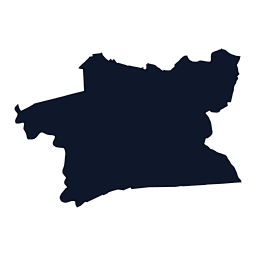 Tudora, Botosani, Romania
{"feature_id": "2599482B63139425196950", "entity_name": "Tudora", "entity_type": "district", "adm_level": 2, "iso_a3": "ROU", "parent_name": "Romania", "parent_adm1": "Botosani", "projection": "orthographic", "projection_center": [26.654, 47.501], "detail": "fine", "context": "isolated", "style": "filled", "palette": "ink", "viewbox_px": 256, "rotation_deg": 0, "n_neighbors": 0, "source": "geoboundaries", "source_scale": "gbopen_adm2", "svg_char_len": 5618}
<svg xmlns="http://www.w3.org/2000/svg" viewBox="0 0 256 256"><path d="M63.2,171.0L63.2,172.4L63.5,173.3L64.6,174.7L66.2,176.6L67.2,178.3L66.0,179.4L64.9,181.9L65.1,183.5L65.9,184.5L67.0,185.5L67.7,187.0L67.5,188.0L67.3,188.5L65.9,189.0L64.7,190.7L62.0,193.9L60.5,196.8L60.6,198.6L61.5,200.4L62.5,201.2L64.6,201.9L66.1,201.9L68.1,201.4L71.4,200.3L74.0,200.2L75.9,201.0L76.2,204.6L77.3,206.5L79.3,205.5L80.2,205.2L84.6,201.3L84.9,201.1L86.3,201.2L87.2,201.4L88.3,200.7L101.5,194.5L103.0,193.8L103.5,194.4L107.5,192.5L107.6,192.3L107.4,192.0L108.5,191.6L112.1,190.3L117.6,188.8L118.3,188.9L122.1,189.2L123.3,189.6L125.4,188.6L127.4,187.9L129.1,187.1L130.8,186.6L131.9,188.3L148.5,186.5L175.7,186.1L181.1,185.3L181.5,185.2L181.9,185.4L183.5,185.5L195.7,184.7L205.1,184.2L207.1,183.8L222.4,183.0L236.7,181.8L240.6,181.6L240.4,180.9L240.2,180.7L239.9,180.0L239.3,179.5L239.2,179.4L238.1,178.3L237.7,177.3L237.3,176.6L237.0,175.7L236.4,174.1L236.4,173.7L235.9,172.3L233.6,167.4L230.8,164.6L230.3,164.0L229.3,161.9L228.6,160.9L227.3,159.1L227.0,158.6L226.3,156.9L226.0,156.5L224.8,155.5L223.6,155.2L222.7,154.9L222.4,154.7L220.2,153.9L219.5,153.8L216.6,152.7L214.7,151.4L212.8,150.4L211.5,149.9L211.3,149.9L210.0,149.5L209.6,149.2L208.1,147.4L207.5,146.9L207.0,146.5L205.4,145.8L203.2,143.9L203.9,142.4L205.0,138.2L205.7,137.5L207.4,137.5L209.8,135.7L211.1,134.2L211.5,133.8L211.8,131.6L211.5,130.7L210.6,124.5L210.4,124.0L210.4,123.3L210.2,122.6L209.8,121.5L208.1,117.6L207.6,116.9L206.4,115.4L205.2,114.0L204.6,113.1L204.6,112.8L204.7,112.6L205.3,112.1L205.6,111.7L206.0,111.7L206.4,111.5L208.6,110.1L209.2,109.8L209.7,109.9L210.9,110.7L211.4,111.2L211.5,111.4L216.2,111.9L217.2,111.8L218.3,111.6L218.7,111.4L219.0,111.0L219.4,110.6L219.4,110.3L219.7,110.0L219.8,109.5L220.0,109.4L220.2,109.2L220.6,108.9L221.0,108.9L221.9,108.2L222.7,108.1L222.8,107.9L224.4,106.9L225.8,106.2L227.0,105.4L227.0,105.1L226.8,104.7L226.6,103.9L226.7,103.4L226.6,102.1L226.6,101.7L227.2,101.5L228.2,101.4L230.3,101.5L232.4,92.2L232.9,90.8L233.1,90.0L233.2,87.5L234.0,84.9L234.6,84.1L235.5,82.6L235.6,81.5L235.6,81.1L235.9,80.4L236.2,80.3L237.0,79.2L237.3,78.2L237.2,77.8L236.7,77.4L236.5,76.7L236.5,76.2L236.3,75.8L236.5,75.5L237.2,75.3L237.2,74.9L237.8,74.5L238.2,74.4L238.5,74.1L238.6,73.9L238.2,73.0L237.8,72.8L237.6,72.6L237.6,71.3L237.4,71.0L237.4,70.1L237.4,69.3L237.1,68.4L237.0,67.7L236.9,67.6L236.9,67.4L236.8,67.0L236.6,66.8L236.0,65.0L237.9,61.5L238.5,60.4L239.2,58.6L239.3,58.1L239.3,57.6L239.4,57.1L239.5,56.9L236.4,56.6L235.3,56.3L232.9,55.4L232.1,55.3L231.7,55.1L229.5,54.0L228.2,53.2L227.3,52.5L224.9,50.5L221.8,49.8L221.5,49.5L221.3,49.9L219.1,50.5L217.2,51.4L215.9,51.7L213.5,52.7L212.5,53.3L212.5,53.6L212.3,53.7L211.8,54.8L211.8,55.1L211.6,56.6L211.6,58.3L211.8,59.1L211.7,59.8L211.5,60.5L211.3,61.3L211.1,61.6L210.8,62.2L210.7,62.3L210.3,62.5L209.9,62.5L209.0,62.4L208.4,62.4L207.7,62.4L207.4,62.3L206.5,62.2L204.1,61.8L202.3,61.4L201.7,61.5L201.5,61.4L201.3,61.5L200.8,61.3L200.5,61.2L199.1,61.5L198.3,62.0L197.2,62.5L195.2,62.5L193.4,62.3L192.6,62.5L192.3,62.2L191.5,61.7L190.2,61.2L189.6,60.8L188.6,59.9L188.1,59.1L187.5,58.5L186.9,56.9L186.8,56.7L186.7,56.3L186.3,56.3L185.8,56.5L184.7,56.5L184.1,56.9L182.6,57.9L182.3,58.4L181.8,58.7L181.1,59.3L180.7,59.9L180.1,60.5L179.0,61.7L178.7,62.0L177.9,62.5L177.3,63.1L176.8,63.5L176.3,64.1L175.4,64.6L175.3,65.7L175.2,66.6L175.1,66.9L175.1,67.2L175.0,67.4L174.3,67.7L174.0,68.2L173.7,68.4L173.3,68.6L170.8,71.0L170.6,71.1L168.9,71.1L168.6,71.2L168.1,71.2L167.7,71.2L166.9,71.0L166.4,71.1L165.9,71.2L164.5,70.8L164.2,70.8L163.4,71.2L162.6,71.4L162.3,71.4L161.8,70.9L160.9,70.5L160.5,70.0L160.4,70.0L160.0,69.7L159.1,68.8L158.6,68.5L157.7,68.1L157.0,67.8L155.8,66.5L155.1,66.0L154.4,65.6L152.3,65.0L151.1,64.9L148.5,64.2L148.2,64.0L148.2,64.3L148.1,64.6L147.9,64.8L147.4,65.1L146.9,65.1L147.1,65.7L147.1,67.9L147.1,68.5L147.3,68.8L146.4,69.4L146.3,69.7L146.0,69.8L145.8,70.5L145.7,70.6L142.0,69.1L142.5,68.7L142.6,68.2L141.7,68.5L140.9,68.9L140.3,68.8L140.3,68.6L138.7,68.2L132.8,67.1L129.3,66.3L129.3,66.9L129.0,66.7L127.8,66.4L127.0,66.4L126.6,66.1L126.2,65.9L123.7,65.1L122.1,64.8L121.6,64.5L119.1,63.9L118.5,63.5L116.8,64.1L116.4,63.4L115.8,62.7L113.8,60.0L113.1,60.6L112.7,61.0L112.8,61.3L111.9,61.8L111.7,61.7L110.7,59.8L110.3,60.3L108.7,61.7L105.6,59.3L102.1,55.5L101.8,55.1L101.9,54.8L101.5,53.5L100.4,54.0L93.3,54.8L93.4,55.7L93.6,56.9L89.9,57.4L89.8,57.5L89.9,57.8L89.3,58.4L84.6,63.0L83.0,64.3L79.9,67.3L79.6,67.9L83.7,68.5L83.8,70.1L84.0,74.6L84.4,81.5L84.5,84.9L84.9,91.5L73.9,94.2L65.9,96.3L64.7,96.7L34.8,104.2L34.4,104.4L33.9,104.9L28.9,107.8L20.6,111.9L18.5,108.3L17.7,105.3L16.7,106.4L15.6,107.6L15.4,108.2L15.4,108.6L15.4,109.3L15.5,109.7L15.8,110.2L18.1,113.1L18.2,113.4L18.3,114.2L18.2,115.1L17.9,116.1L16.4,119.2L15.9,120.5L15.9,121.4L16.1,122.4L16.4,122.7L16.8,122.8L18.8,122.8L22.9,121.8L23.6,122.0L24.6,122.7L24.8,123.3L24.9,124.3L24.3,127.4L24.2,128.7L24.8,129.8L26.4,132.5L26.8,133.7L27.3,135.5L27.6,137.4L27.9,138.1L28.3,138.6L28.8,138.7L30.1,138.6L31.9,138.7L33.2,138.4L34.2,138.1L35.0,137.5L36.2,136.5L38.4,133.7L39.2,132.9L40.1,132.1L40.7,131.8L41.4,131.7L42.9,131.8L43.6,132.1L46.2,133.4L47.8,134.0L49.5,134.3L53.1,134.5L54.1,134.9L55.1,135.5L55.3,135.7L55.6,136.3L55.7,136.5L55.7,137.0L55.4,138.4L55.0,139.3L53.8,141.7L53.5,142.7L53.5,143.6L53.7,144.4L54.0,144.8L54.4,145.2L54.8,145.5L56.0,146.2L56.5,146.4L58.6,146.8L63.8,147.3L64.2,147.5L64.5,147.9L64.9,148.5L65.3,149.4L65.5,150.0L65.9,151.7L66.0,152.5L66.1,153.9L66.0,155.1L65.7,157.1L65.4,161.2L64.8,165.8L63.3,170.1L63.2,171.0Z" fill="#0f172a" stroke="#020617" stroke-width="1.5"/></svg>